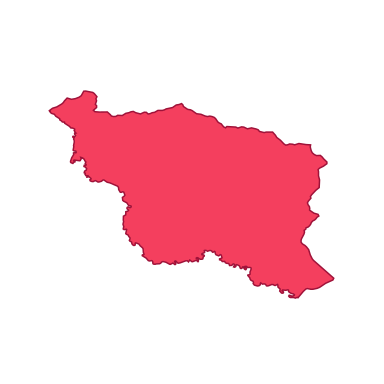 Waeng, Narathiwat, Thailand, rotated 101°
{"feature_id": "78962969B84911065588507", "entity_name": "Waeng", "entity_type": "district", "adm_level": 2, "iso_a3": "THA", "parent_name": "Thailand", "parent_adm1": "Narathiwat", "projection": "robinson", "projection_center": [101.893, 5.891], "detail": "fine", "context": "isolated", "style": "filled", "palette": "rose", "viewbox_px": 384, "rotation_deg": 101, "n_neighbors": 0, "source": "geoboundaries", "source_scale": "gbopen_adm2", "svg_char_len": 6067}
<svg xmlns="http://www.w3.org/2000/svg" viewBox="0 0 384 384"><g transform="rotate(101 192 192)"><path d="M249.6,36.4L236.0,59.6L234.8,61.1L231.2,63.9L226.3,66.5L224.0,69.2L222.9,71.0L221.9,73.7L220.5,75.3L218.8,75.7L217.1,75.6L212.1,74.1L210.0,73.9L208.2,74.6L207.0,73.3L205.3,73.2L204.4,71.5L202.8,70.2L201.1,69.4L199.1,69.0L197.3,67.9L196.1,66.3L194.6,65.2L193.0,64.5L191.4,62.9L189.9,64.0L189.5,68.3L187.4,73.1L185.6,73.3L183.9,74.0L182.3,75.7L180.6,76.6L178.9,76.1L175.4,74.1L173.9,74.9L171.8,74.0L166.6,70.7L163.4,68.0L155.8,69.1L152.0,70.9L147.8,71.7L145.9,72.5L144.3,71.4L141.6,67.9L138.5,65.0L136.8,65.3L134.4,69.0L132.8,70.9L131.6,73.0L132.5,76.8L131.9,79.1L130.6,81.4L128.8,82.8L127.0,83.7L125.2,84.5L123.1,84.6L123.7,89.1L124.0,96.3L126.1,100.2L125.9,102.4L126.2,105.3L127.4,107.1L128.1,109.0L127.2,111.0L124.3,115.1L122.3,119.2L120.4,120.9L117.8,124.3L119.1,130.8L119.9,132.5L119.7,137.3L118.3,138.9L117.9,141.1L117.7,145.8L119.4,149.7L118.4,153.5L118.6,155.8L120.5,159.2L119.9,161.4L121.1,170.3L122.6,171.3L122.0,173.4L119.5,176.4L119.1,178.3L118.3,180.0L115.4,182.9L114.5,184.5L114.1,186.8L114.1,189.0L115.0,191.3L114.9,193.7L114.0,198.0L114.3,202.5L112.1,207.3L111.6,209.2L111.7,212.0L110.7,214.4L109.7,216.7L108.2,217.6L107.2,219.1L108.6,221.4L109.6,224.1L112.8,227.2L115.4,233.3L116.6,234.7L117.6,236.7L118.4,241.0L120.9,243.9L121.8,246.3L123.1,248.1L123.8,250.0L122.5,252.0L122.8,254.1L125.2,257.5L124.9,262.4L124.1,265.0L124.9,267.2L126.2,269.1L127.4,272.0L130.2,275.0L130.9,279.6L132.3,281.1L132.9,283.4L132.8,285.6L131.7,286.9L129.6,290.4L131.2,298.1L131.7,302.6L130.6,304.4L127.3,301.8L125.5,302.1L124.4,303.6L120.7,303.1L118.8,304.1L116.6,303.5L114.0,306.7L113.2,308.4L113.2,315.6L113.7,317.5L118.6,319.1L120.4,320.8L122.6,324.3L124.0,328.0L123.6,332.5L126.9,334.6L128.8,335.4L130.5,336.7L134.3,341.0L136.4,344.9L139.4,347.6L140.0,347.1L139.9,346.5L140.9,346.2L141.6,344.9L142.0,341.9L143.6,340.2L145.3,335.9L146.4,335.6L147.2,333.6L147.9,332.8L148.0,331.9L147.7,330.5L148.8,330.1L150.9,324.9L152.3,323.0L152.0,321.7L152.5,319.3L153.3,319.0L154.2,319.4L155.0,318.5L155.7,318.4L156.3,317.2L157.0,318.4L157.7,318.2L158.7,317.1L159.5,317.4L160.2,318.1L159.9,319.3L160.4,319.6L160.9,319.4L160.7,318.6L161.0,318.0L162.5,318.4L163.6,317.6L165.4,317.1L169.2,317.1L170.1,316.7L173.6,316.7L174.1,315.9L174.0,313.9L175.1,313.2L175.7,313.5L175.8,315.1L176.3,315.8L177.8,315.3L181.3,316.6L184.9,317.1L185.7,317.0L186.3,316.4L186.7,314.4L185.3,313.6L184.7,312.6L184.2,312.7L183.9,314.2L183.4,314.1L183.1,313.7L182.8,308.3L182.4,307.6L181.2,307.5L180.2,306.7L179.6,307.7L179.2,307.9L179.4,305.8L180.2,304.8L180.4,304.0L181.7,303.3L182.8,301.9L184.4,302.3L185.3,301.2L185.7,301.1L186.1,301.4L186.2,302.8L187.4,303.0L187.7,302.7L187.8,301.6L189.1,299.9L190.7,300.0L192.0,301.4L193.7,301.5L194.0,300.3L195.0,300.4L196.2,299.3L195.8,297.2L196.3,297.2L197.0,298.1L197.5,298.0L196.7,295.9L198.0,293.7L198.5,293.6L199.6,294.6L200.5,294.0L200.8,292.5L200.7,291.1L199.3,289.2L199.5,287.9L200.1,286.5L200.0,285.4L198.8,283.0L197.2,281.6L197.0,280.8L198.6,277.2L198.7,274.4L200.5,266.1L201.6,265.0L203.7,264.4L205.9,262.4L205.9,261.5L205.0,260.1L205.2,258.9L207.9,257.3L208.9,257.7L210.6,259.3L213.4,258.4L214.0,257.5L215.0,254.0L217.3,251.7L217.3,249.3L217.8,248.9L218.5,249.0L219.2,249.8L218.9,251.9L219.2,252.5L220.0,252.8L220.8,252.6L221.8,250.9L222.2,250.8L223.1,251.5L223.9,253.2L227.1,252.7L228.8,254.7L232.7,254.1L234.0,253.5L236.8,253.6L239.0,252.4L241.4,252.5L241.9,251.5L241.1,249.4L241.3,249.0L245.4,249.1L245.9,248.6L246.4,246.6L247.9,245.4L248.6,244.3L249.7,243.9L251.4,244.3L252.1,243.6L252.6,241.8L254.3,241.1L255.2,240.1L255.6,238.9L255.2,237.9L254.6,237.7L253.1,238.0L252.8,237.8L252.7,237.0L253.2,234.2L254.7,232.6L256.2,230.0L257.0,229.2L260.6,228.2L262.3,227.2L262.7,227.4L263.2,228.7L264.0,228.7L265.7,224.3L267.7,221.8L267.8,220.5L267.1,218.7L267.2,217.9L267.8,217.3L269.7,216.7L270.1,216.2L270.0,214.5L269.4,213.3L268.6,210.1L267.9,209.2L266.4,208.3L265.8,207.2L265.9,204.3L267.2,200.1L267.1,199.3L265.5,197.3L265.6,196.3L266.4,195.5L266.5,194.8L266.1,194.3L265.3,194.2L263.6,195.8L262.9,195.4L262.9,194.6L264.4,192.6L264.5,191.8L263.8,190.1L260.7,184.9L260.4,183.4L261.3,182.1L259.2,181.2L260.4,178.9L260.3,178.1L258.2,174.8L258.3,174.1L259.2,173.4L259.2,172.7L258.4,172.5L256.8,173.1L256.5,173.7L256.4,175.1L256.0,175.2L255.5,174.7L255.4,173.8L256.5,171.2L256.1,169.3L255.5,168.6L253.6,168.6L252.7,167.8L252.1,167.8L251.5,168.5L251.8,170.1L251.1,170.6L250.5,170.2L249.0,168.1L248.4,168.1L247.4,168.8L247.0,168.7L246.6,167.2L247.2,165.4L246.2,163.9L245.9,162.3L246.1,161.5L247.1,160.5L247.2,160.0L246.0,158.5L246.3,158.0L248.1,157.3L249.0,156.5L249.6,153.7L249.2,153.1L248.1,152.3L248.3,151.3L250.8,150.0L251.2,150.2L252.4,152.2L253.3,152.0L253.4,150.3L254.5,149.0L253.9,146.7L255.1,145.7L255.4,144.4L255.2,142.6L255.5,142.0L257.0,141.1L256.4,138.9L254.9,138.0L254.7,137.3L255.0,136.5L255.6,136.2L256.9,136.8L257.6,136.9L257.7,135.7L256.8,134.8L255.1,134.7L254.7,134.1L255.5,131.3L257.5,130.1L257.8,129.5L257.7,128.9L257.3,128.4L255.9,128.1L255.7,127.6L257.7,125.7L258.1,124.7L257.8,124.2L256.8,124.0L256.2,124.5L255.8,126.1L255.3,126.2L254.9,125.8L254.6,124.2L255.5,123.0L255.0,120.8L255.1,119.8L256.2,119.2L259.5,119.8L261.5,119.3L262.3,119.9L262.8,121.3L263.3,121.3L265.2,118.9L266.6,118.2L267.4,117.3L268.0,115.0L269.0,114.4L270.2,114.5L271.5,113.0L271.8,109.9L271.3,108.4L270.1,107.3L268.6,107.5L268.1,107.2L269.0,105.3L268.4,103.6L268.6,102.2L269.9,101.0L269.9,100.3L269.4,98.9L267.6,96.1L267.4,94.6L267.9,93.4L267.9,92.5L266.4,90.4L266.9,90.0L268.9,89.5L270.5,86.9L272.5,87.0L274.1,84.9L274.0,83.5L273.3,83.0L272.6,83.2L271.7,84.7L270.9,84.3L270.6,81.2L269.7,79.2L269.9,78.6L271.2,78.2L271.8,77.5L272.6,75.3L272.8,72.8L273.4,71.8L274.0,71.9L274.9,73.3L275.1,74.6L274.7,76.2L274.8,76.9L275.7,77.2L276.6,76.3L276.8,75.3L276.2,72.1L276.4,70.2L275.3,68.6L275.6,67.8L268.4,63.8L265.6,61.8L264.8,60.5L264.8,56.7L264.3,54.5L262.7,50.8L261.2,48.5L256.1,43.4L251.5,36.9L249.6,36.4Z" fill="#f43f5e" stroke="#9f1239" stroke-width="1.5"/></g></svg>